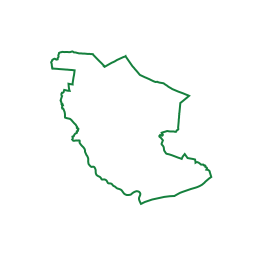 Cang Long, Trà Vinh, Vietnam (Equal Earth projection), rotated 111°
{"feature_id": "81297802B14177599577280", "entity_name": "Cang Long", "entity_type": "district", "adm_level": 2, "iso_a3": "VNM", "parent_name": "Vietnam", "parent_adm1": "Trà Vinh", "projection": "equal_earth", "projection_center": [106.203, 9.971], "detail": "fine", "context": "isolated", "style": "outline", "palette": "green", "viewbox_px": 256, "rotation_deg": 111, "n_neighbors": 0, "source": "geoboundaries", "source_scale": "gbopen_adm2", "svg_char_len": 5716}
<svg xmlns="http://www.w3.org/2000/svg" viewBox="0 0 256 256"><g transform="rotate(111 128 128)"><path d="M174.8,60.2L174.3,59.9L169.9,56.2L168.2,54.3L162.4,47.4L159.6,43.7L158.2,42.0L156.4,40.2L154.5,38.6L152.2,37.3L151.4,36.9L150.5,36.6L145.9,34.1L143.9,32.7L139.7,36.0L139.2,36.2L139.0,36.5L138.8,36.9L138.3,38.6L138.6,39.0L138.8,39.9L138.1,39.8L137.9,39.9L137.2,39.9L137.0,40.0L136.8,40.3L136.6,41.2L136.5,42.0L135.7,42.1L135.3,43.0L135.7,43.8L135.2,44.6L136.0,46.8L135.3,48.6L135.1,49.5L135.0,50.9L135.2,51.6L135.4,51.9L136.2,52.5L135.5,52.8L133.4,54.1L133.6,56.0L134.7,61.6L134.4,62.1L132.0,65.7L134.9,66.6L135.4,66.7L137.6,66.8L137.6,68.4L137.7,70.5L137.7,77.1L137.8,79.2L137.9,80.5L138.2,82.4L138.2,83.0L138.0,83.5L136.2,86.0L135.7,86.4L133.6,87.5L133.0,87.9L132.5,88.5L132.1,89.0L131.3,90.6L131.1,90.8L130.8,91.0L127.0,91.0L125.3,93.9L124.9,95.4L124.5,95.8L124.3,95.9L124.1,95.9L123.6,95.6L123.0,95.5L123.0,95.3L122.9,94.4L123.0,94.1L123.0,93.6L123.0,93.4L122.8,93.2L122.5,93.1L121.9,93.0L121.2,93.8L120.7,94.7L120.5,94.8L120.4,94.9L120.0,94.5L118.1,92.0L117.3,91.0L116.9,90.5L116.7,90.1L116.4,88.4L116.1,87.4L115.3,85.3L114.9,84.2L114.7,82.8L114.5,82.2L114.4,82.0L114.3,81.8L114.1,81.7L112.9,81.7L112.7,81.6L111.6,80.7L111.3,80.6L111.1,80.6L110.9,80.7L109.9,81.2L109.3,81.5L108.8,81.6L103.5,83.1L101.7,83.7L99.9,84.1L98.3,84.7L97.0,85.0L96.6,85.1L96.2,85.4L95.2,85.5L85.9,88.1L83.4,86.6L76.1,82.5L76.0,83.4L76.0,85.6L75.9,89.3L76.0,94.0L75.8,100.0L75.8,100.6L75.5,101.9L75.2,103.9L75.0,105.1L74.5,106.6L74.0,109.1L73.8,109.9L73.5,110.7L73.5,110.8L74.1,113.8L74.3,114.7L74.4,115.8L74.5,116.3L74.3,116.8L74.3,117.0L74.4,117.3L74.9,118.2L75.1,118.6L75.2,118.9L75.2,119.3L75.2,121.0L74.9,124.5L74.8,125.2L74.7,127.3L74.6,129.1L74.6,130.3L74.5,131.5L74.2,135.7L74.0,136.3L73.7,136.8L72.9,138.2L71.9,140.0L70.8,142.1L70.4,142.9L69.7,144.0L68.8,145.9L67.3,148.1L62.4,155.3L62.2,155.7L61.8,156.0L62.3,156.3L63.5,157.8L67.0,161.2L68.5,162.7L70.5,164.2L72.0,165.6L72.3,166.0L73.8,167.3L79.3,171.8L79.0,172.6L78.6,172.4L77.7,174.6L77.5,174.8L75.7,179.0L74.2,182.3L71.9,187.2L71.7,187.3L72.0,188.5L72.4,189.5L72.7,190.8L72.9,191.2L73.3,192.2L74.1,195.2L74.7,196.7L75.2,198.7L75.8,200.2L75.9,200.5L76.0,201.5L76.1,202.3L76.2,203.0L76.2,203.7L76.7,205.3L76.8,205.5L76.5,206.7L76.5,207.3L76.5,207.5L77.8,209.1L78.1,209.6L78.5,210.8L78.8,211.9L79.1,212.7L79.9,214.6L80.5,216.7L81.1,217.4L81.5,218.1L82.2,218.9L82.7,219.3L83.5,219.1L85.2,219.1L85.4,219.0L86.0,218.5L86.5,218.4L87.1,218.4L88.1,218.7L88.3,218.7L89.1,218.3L89.6,218.9L89.7,219.1L89.8,219.4L89.8,220.1L89.6,220.6L89.6,220.8L89.6,221.1L89.7,221.5L89.9,221.7L90.6,222.4L91.3,222.8L91.6,222.8L91.8,223.1L93.0,223.0L94.0,223.3L94.4,223.2L95.1,222.5L95.5,222.2L97.4,221.3L98.4,220.5L98.9,220.5L99.2,220.3L99.7,219.9L99.6,219.5L99.2,218.7L98.1,215.1L97.8,213.9L97.7,213.6L96.4,209.3L95.7,206.9L95.3,205.7L94.5,202.8L94.0,201.3L93.3,198.5L94.9,198.1L97.8,197.4L100.3,197.0L106.3,195.7L107.2,195.3L107.7,197.5L107.7,197.8L108.0,199.4L110.9,198.0L113.3,196.6L114.2,195.8L114.6,197.0L114.8,197.7L115.3,201.2L116.5,201.1L117.7,201.0L118.2,201.4L118.5,201.5L118.9,201.9L118.9,202.3L119.7,202.4L120.3,202.3L120.7,202.1L121.1,201.9L121.9,201.3L121.9,201.0L122.7,201.0L126.5,200.8L126.6,200.7L126.6,200.4L127.5,200.0L127.7,199.5L129.0,198.8L129.3,198.7L129.0,197.9L129.9,197.1L130.1,197.9L132.0,196.9L132.4,196.6L132.5,196.7L132.9,196.4L133.0,196.6L133.4,196.3L133.4,195.1L135.8,192.9L137.5,191.9L138.6,191.4L139.6,191.1L140.8,190.5L140.8,189.0L140.3,185.8L140.3,185.3L140.6,184.4L140.9,183.5L141.2,183.1L141.7,182.1L142.2,181.2L142.8,180.0L143.3,178.9L143.5,178.2L143.7,177.9L144.2,177.4L144.5,176.9L144.9,176.4L145.1,176.0L145.3,175.9L145.6,175.7L146.1,175.9L146.3,175.8L146.4,175.5L146.4,175.2L146.3,174.3L146.4,174.1L146.9,173.9L147.6,174.1L147.9,174.2L148.0,174.2L148.4,173.7L148.5,173.7L148.8,173.8L149.4,174.5L149.5,174.6L150.1,174.4L150.4,174.2L150.6,174.0L150.9,174.0L151.1,174.1L151.5,174.6L151.8,174.9L152.2,175.2L153.2,175.6L153.6,175.7L154.3,175.7L155.0,175.7L155.3,175.8L155.4,176.0L155.6,176.4L155.8,176.7L155.9,176.8L156.1,176.8L156.6,176.3L157.3,175.9L157.7,175.8L158.1,175.8L158.7,176.0L158.8,175.8L159.1,175.4L159.4,174.8L159.5,174.5L159.4,174.3L159.0,173.3L158.6,172.7L158.1,171.6L158.0,171.1L157.5,170.0L157.2,169.3L157.1,169.0L157.1,168.7L157.5,168.4L158.3,168.2L158.7,168.1L159.2,167.8L159.5,167.4L160.4,166.1L161.3,164.4L162.0,162.7L162.4,162.1L163.0,161.2L163.4,160.8L163.9,160.4L164.3,160.1L165.4,159.7L165.7,159.5L168.2,157.0L168.7,156.1L169.9,154.9L170.5,154.4L171.0,154.1L172.0,153.7L173.5,153.2L175.3,152.2L175.7,151.9L176.0,151.5L176.8,150.1L177.2,149.2L177.4,148.5L177.4,148.1L176.6,146.7L176.5,146.1L176.6,145.5L176.8,145.1L177.2,144.6L178.0,143.8L178.9,143.1L180.2,142.6L181.3,142.1L182.1,141.6L182.9,140.8L183.1,140.5L183.3,140.0L183.6,138.7L183.7,137.1L183.8,136.7L183.9,136.3L184.1,135.9L184.4,135.4L185.1,134.6L185.4,134.1L185.4,133.9L185.4,133.6L185.2,133.3L184.5,131.7L184.4,131.2L184.5,130.0L184.7,129.4L185.1,128.7L185.4,128.4L186.2,127.5L186.5,127.1L186.6,126.8L186.6,126.0L186.0,124.4L186.0,123.4L186.1,123.2L186.3,122.6L186.8,121.8L187.2,121.1L187.3,120.7L187.3,119.8L187.4,119.1L188.1,117.2L188.2,116.7L188.3,116.2L188.2,115.7L188.1,114.1L188.1,113.3L188.2,112.4L188.5,111.5L189.7,109.7L190.7,108.1L191.0,106.7L191.0,106.0L191.0,105.2L190.3,103.4L189.6,102.1L189.2,101.7L189.0,101.4L187.4,100.6L186.2,99.8L185.2,98.9L184.5,98.1L184.0,97.5L183.7,96.6L183.6,95.9L183.6,95.1L183.7,94.5L184.0,94.0L184.3,93.5L185.0,92.9L185.8,92.7L186.3,92.6L188.6,92.7L189.5,92.6L190.1,92.4L190.8,92.0L191.7,91.3L193.4,89.6L194.2,88.7L191.0,85.7L186.1,79.8L179.3,69.4L176.6,64.3L174.8,60.2Z" fill="none" stroke="#15803d" stroke-width="2"/></g></svg>